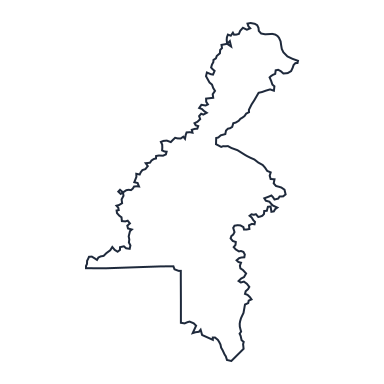 the district of Corbélia, Paraná, Brazil
{"feature_id": "56859067B16321147741741", "entity_name": "Corbélia", "entity_type": "district", "adm_level": 2, "iso_a3": "BRA", "parent_name": "Brazil", "parent_adm1": "Paraná", "projection": "mercator", "projection_center": [-53.229, -24.737], "detail": "fine", "context": "isolated", "style": "outline", "palette": "slate", "viewbox_px": 384, "rotation_deg": 0, "n_neighbors": 0, "source": "geoboundaries", "source_scale": "gbopen_adm2", "svg_char_len": 4499}
<svg xmlns="http://www.w3.org/2000/svg" viewBox="0 0 384 384"><path d="M298.0,60.8L292.4,58.8L287.4,56.4L283.4,52.3L281.8,49.0L281.1,45.0L280.6,41.4L279.0,37.8L277.5,36.0L275.3,34.6L272.4,33.9L265.2,34.3L261.1,33.5L258.8,30.9L258.5,27.9L257.2,25.2L254.8,23.8L250.6,23.0L247.5,23.6L248.4,26.3L250.2,28.3L246.9,29.7L242.9,27.8L240.2,30.8L238.9,33.9L236.3,34.6L234.0,34.7L232.9,32.7L230.8,35.7L227.9,34.6L226.9,37.4L226.7,39.8L227.1,43.8L224.7,44.3L221.5,44.9L222.0,48.1L220.2,49.9L219.9,53.3L216.8,55.9L215.9,58.4L213.5,59.9L213.3,62.2L212.0,64.5L211.1,67.5L212.5,69.1L214.6,70.9L213.0,74.6L210.8,74.2L206.9,72.5L206.0,76.2L209.5,82.5L212.0,84.6L213.2,88.0L215.0,90.9L212.7,94.2L213.2,97.8L206.1,98.6L206.2,101.8L207.9,104.4L205.6,105.5L201.4,104.8L199.2,108.0L201.9,109.0L204.1,111.1L206.7,112.8L203.3,114.6L201.2,113.7L199.1,116.1L200.2,119.1L197.4,121.8L194.5,123.2L195.7,125.3L198.2,126.1L197.3,128.7L194.7,128.9L191.8,129.8L192.5,132.7L189.9,132.2L186.6,132.4L185.7,134.9L185.0,138.8L183.3,136.7L180.7,138.5L177.5,138.4L175.1,137.8L172.7,140.1L170.8,142.1L166.8,140.6L163.5,140.9L160.9,141.9L162.2,144.6L162.3,147.5L162.1,150.4L164.5,151.5L166.6,151.7L165.9,154.4L163.0,155.7L158.9,155.5L156.1,156.0L156.0,158.5L153.8,159.0L151.5,160.5L150.0,162.7L147.7,163.0L145.7,163.2L147.8,166.1L145.4,169.1L142.4,170.1L140.7,172.3L139.7,174.5L136.3,173.8L136.4,176.9L134.3,182.2L137.6,183.0L139.0,186.5L136.9,186.3L134.1,186.5L132.7,188.7L131.0,190.1L128.5,189.8L126.3,190.2L123.0,192.4L123.5,195.8L121.6,199.4L122.1,203.2L119.1,205.0L116.5,205.7L118.3,207.8L118.7,210.1L116.6,210.5L117.0,213.1L119.3,215.7L121.5,217.3L121.9,221.1L125.3,221.4L127.7,220.7L129.9,223.4L127.3,225.7L128.0,228.5L131.8,229.5L130.0,231.1L129.3,233.9L128.7,236.4L129.3,239.5L128.9,242.5L130.4,245.4L129.7,248.8L126.1,248.3L123.9,246.3L120.0,247.2L120.0,249.9L117.6,251.7L114.7,249.9L112.3,247.0L110.2,250.3L106.4,253.1L103.6,255.9L100.7,256.4L98.4,257.5L97.0,259.9L94.6,258.3L91.8,256.6L89.0,256.8L88.1,258.9L87.1,260.8L87.0,263.9L86.0,266.0L86.0,268.2L105.3,268.3L160.7,266.4L173.4,266.3L174.5,269.3L178.7,270.9L180.8,270.9L180.8,275.5L180.8,277.8L180.9,301.0L180.9,322.8L184.6,323.4L187.4,322.2L189.6,321.6L193.7,323.3L196.1,325.7L192.7,333.1L195.7,332.2L198.9,331.8L200.6,329.7L202.1,335.0L212.8,339.8L212.8,337.5L215.0,337.5L217.9,339.9L219.3,342.2L220.5,344.6L221.1,347.6L222.6,350.2L224.6,354.5L225.8,356.3L227.0,360.0L231.3,361.0L243.6,348.8L243.1,344.2L243.7,341.9L241.6,340.2L240.6,335.8L239.6,333.7L241.1,331.6L240.4,329.1L239.8,326.6L239.7,323.7L240.1,321.3L241.0,318.2L242.1,315.8L243.5,312.9L244.3,308.4L245.0,304.5L248.2,303.1L248.7,300.6L251.5,299.4L249.9,297.1L247.6,294.9L245.0,293.9L245.7,291.2L248.0,289.2L249.3,286.9L246.9,283.8L243.9,281.6L240.8,282.5L238.6,281.0L241.2,278.5L244.0,277.1L246.1,273.5L242.8,269.9L240.4,268.4L239.9,265.7L241.0,262.7L238.4,262.0L236.6,260.3L239.2,258.1L241.4,257.5L244.3,257.3L244.8,254.5L243.4,251.9L241.0,251.0L238.9,251.4L235.7,249.4L233.7,247.1L235.5,244.9L235.8,242.0L232.8,241.0L230.6,238.4L231.4,236.0L233.2,234.6L234.5,232.1L233.2,227.9L234.5,225.7L237.6,225.2L240.4,225.4L243.4,227.1L244.0,229.5L246.7,229.5L249.4,229.0L249.0,225.3L251.9,223.9L254.5,224.3L255.0,221.9L253.4,220.3L251.6,217.4L249.6,215.8L251.5,214.3L253.8,214.8L255.9,214.2L258.3,217.0L260.4,216.5L262.3,215.8L264.0,214.0L264.2,211.0L266.8,210.8L267.9,206.8L270.6,206.5L271.4,211.8L273.8,211.4L275.2,209.1L277.3,207.6L273.0,205.6L271.4,204.1L269.4,201.7L265.8,200.7L264.3,198.3L268.6,196.7L271.4,195.5L273.0,197.2L274.5,199.5L278.2,198.6L279.6,196.5L283.1,196.4L285.6,194.4L284.5,189.7L281.3,187.5L278.7,186.7L276.0,186.0L273.7,183.4L274.5,179.3L270.6,179.0L269.7,175.7L270.7,172.4L267.2,170.9L265.0,167.6L262.7,165.0L258.2,162.5L254.4,159.5L250.5,157.8L246.9,156.0L245.0,154.9L237.5,150.2L231.4,148.0L227.9,146.1L225.3,146.3L223.1,146.2L221.2,146.9L216.0,144.2L216.2,138.0L218.3,137.5L220.8,135.3L225.3,134.1L226.0,130.6L227.9,128.7L230.1,128.2L232.2,126.9L233.3,123.2L235.7,122.6L238.7,120.8L240.4,118.8L242.3,117.7L244.5,116.1L246.2,113.6L249.0,112.2L248.9,109.8L251.6,104.4L254.2,100.4L258.6,92.8L262.1,92.0L266.0,90.6L270.1,89.4L273.9,90.7L274.4,86.3L272.4,84.6L271.1,80.8L269.6,77.4L271.1,76.0L273.0,74.8L275.2,73.9L275.7,70.3L278.2,69.8L280.8,71.2L283.4,73.5L287.7,73.1L291.1,71.1L292.7,67.7L293.6,65.0L295.4,63.1L297.5,63.0L298.0,60.8ZM227.1,43.8L229.8,41.1L231.1,46.5L227.1,43.8ZM123.0,192.4L120.0,189.8L118.3,191.6L120.7,193.9L123.0,192.4Z" fill="none" stroke="#1e293b" stroke-width="2"/></svg>